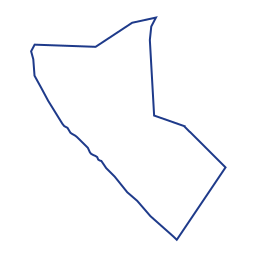 the border of Shabeellaha Dhexe, rotated 91°
{"feature_id": "SOM-2410", "entity_name": "Shabeellaha Dhexe", "entity_type": "Region", "adm_level": 1, "iso_a3": "SOM", "parent_name": "Somalia", "parent_adm1": "", "projection": "albers", "projection_center": [46.104, 3.02], "detail": "fine", "context": "isolated", "style": "outline", "palette": "blue", "viewbox_px": 256, "rotation_deg": 91, "n_neighbors": 0, "source": "natural_earth", "source_scale": "10m", "svg_char_len": 685}
<svg xmlns="http://www.w3.org/2000/svg" viewBox="0 0 256 256"><g transform="rotate(91 128 128)"><path d="M238.9,77.3L235.9,80.5L215.8,104.0L200.7,117.5L192.3,127.6L176.8,140.5L168.5,149.1L161.4,154.1L161.2,155.1L160.7,156.2L160.1,157.2L159.5,157.5L157.6,158.3L156.5,160.1L155.6,162.3L154.4,164.5L152.9,165.7L148.5,167.8L137.9,178.9L136.6,180.6L134.7,184.1L133.7,185.5L128.9,188.5L127.2,191.8L124.9,193.7L102.2,208.3L89.3,215.5L77.3,222.4L77.1,222.4L60.9,223.9L53.0,226.2L46.3,222.8L47.4,161.8L22.7,125.7L17.1,102.0L26.1,106.5L39.6,107.7L115.1,102.1L125.2,71.6L125.4,71.7L130.7,66.3L130.8,66.0L165.7,29.8L238.5,77.0L238.9,77.3Z" fill="none" stroke="#1e3a8a" stroke-width="2"/></g></svg>